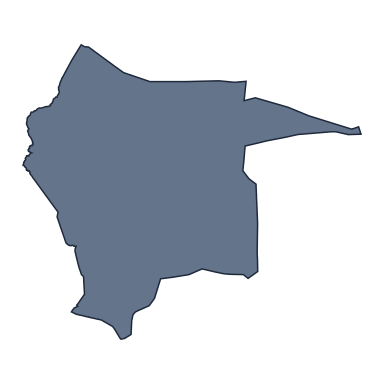 the district of Tubbergen, Overijssel, Netherlands
{"feature_id": "6326949B58523414379719", "entity_name": "Tubbergen", "entity_type": "district", "adm_level": 2, "iso_a3": "NLD", "parent_name": "Netherlands", "parent_adm1": "Overijssel", "projection": "orthographic", "projection_center": [6.747, 52.404], "detail": "fine", "context": "isolated", "style": "filled", "palette": "slate", "viewbox_px": 384, "rotation_deg": 0, "n_neighbors": 0, "source": "geoboundaries", "source_scale": "gbopen_adm2", "svg_char_len": 5106}
<svg xmlns="http://www.w3.org/2000/svg" viewBox="0 0 384 384"><path d="M76.1,314.2L91.0,317.7L101.4,320.0L103.9,321.5L112.5,326.4L114.6,329.1L120.1,338.3L121.0,339.2L124.7,338.4L131.0,334.5L131.1,334.4L131.7,320.7L133.0,314.8L134.2,313.2L135.5,311.9L138.6,310.4L149.2,305.7L152.1,301.7L154.5,298.4L160.6,278.8L173.1,277.2L189.0,274.6L202.1,268.9L215.3,272.0L224.0,273.8L230.2,274.3L242.7,274.6L243.4,274.6L247.8,278.2L248.1,278.4L250.7,276.5L257.7,271.5L257.5,259.6L257.2,253.6L257.2,250.4L257.3,243.2L257.6,223.3L256.8,203.6L256.5,197.9L256.5,197.7L256.5,195.4L256.4,194.0L256.0,184.1L249.1,178.9L244.6,173.1L242.9,170.7L243.1,168.2L244.1,158.5L244.7,150.6L245.2,146.0L250.0,144.9L259.3,142.7L265.8,141.1L268.1,140.6L275.4,139.2L285.8,137.2L298.0,134.5L304.1,134.0L321.3,132.6L330.8,131.8L335.9,131.8L348.3,134.6L361.0,134.2L358.6,126.8L352.6,128.9L352.4,128.8L351.8,129.2L308.8,115.8L288.2,107.3L255.3,97.8L244.1,100.7L246.1,81.3L234.6,82.3L219.0,80.8L186.0,81.6L169.1,81.6L159.0,81.6L149.9,81.6L123.5,72.6L113.9,65.7L88.5,47.0L84.5,46.7L81.2,44.8L77.5,50.8L72.0,59.8L67.0,69.0L64.8,73.1L63.3,76.0L62.6,77.1L62.5,77.5L61.7,78.5L61.7,78.8L61.7,79.0L61.5,79.6L60.7,81.1L60.3,82.2L60.0,83.1L59.8,83.9L59.7,84.4L59.5,84.9L59.4,85.7L59.3,85.8L58.5,87.1L58.5,87.3L58.5,87.6L58.6,88.7L58.7,90.3L59.2,90.9L59.3,91.1L59.1,91.7L59.1,92.0L59.2,92.4L59.2,92.6L59.1,93.0L58.7,93.6L58.5,93.9L58.4,94.3L57.9,95.0L57.6,95.3L57.5,95.5L57.2,96.7L57.0,97.1L56.9,97.1L56.8,97.3L56.0,97.1L55.7,97.1L55.4,97.4L55.2,97.9L55.0,98.1L54.9,98.2L54.5,98.4L54.0,98.7L53.6,98.9L53.5,99.0L53.3,99.5L53.2,100.0L53.1,100.4L53.1,101.0L52.8,101.6L52.4,102.0L52.4,102.5L52.3,103.0L51.9,103.3L51.4,103.7L50.8,104.0L50.7,104.2L50.1,105.0L50.4,105.7L50.2,105.8L48.3,106.4L48.1,106.6L47.9,106.7L47.7,106.7L47.2,106.5L46.9,106.4L46.3,106.6L44.8,106.9L44.4,107.1L43.4,107.4L42.2,107.8L41.4,108.0L41.0,108.1L40.8,108.1L40.2,108.0L39.9,108.0L39.0,108.0L38.7,108.2L38.4,108.4L38.2,108.6L37.6,108.8L37.2,109.1L36.8,109.5L36.6,109.8L36.4,110.1L36.0,110.5L35.9,110.6L35.2,110.8L34.3,110.9L33.9,111.2L33.1,112.1L32.9,112.2L32.6,112.2L31.5,112.1L31.2,112.2L31.1,112.4L30.9,112.9L30.6,113.3L30.5,113.6L30.4,114.1L30.3,114.8L30.0,115.3L29.7,115.5L29.4,115.7L29.1,115.9L28.5,116.3L28.5,116.6L28.4,116.8L28.2,117.0L27.8,117.2L27.6,117.4L27.5,117.5L27.6,117.8L27.6,118.0L27.3,118.3L27.2,118.8L27.1,119.0L27.1,119.4L27.1,119.8L27.2,120.7L26.9,121.3L26.9,121.5L26.8,121.9L26.6,122.4L26.6,122.7L26.6,123.1L26.6,123.4L26.5,123.7L26.5,124.0L26.7,124.4L26.7,124.8L27.0,125.3L27.3,125.8L27.6,126.4L27.6,126.6L27.6,126.8L27.9,127.5L28.0,127.7L28.9,128.8L28.4,129.5L28.2,130.0L27.7,130.7L27.7,130.8L27.7,131.1L27.7,131.3L28.0,131.8L28.5,133.4L28.8,135.0L29.2,135.6L30.9,138.0L31.3,138.4L31.5,138.8L31.4,139.2L32.2,140.5L32.3,140.7L32.5,141.1L32.3,141.5L32.4,141.8L32.6,142.2L33.0,142.4L33.0,142.5L32.9,142.7L32.8,143.0L32.7,143.1L32.9,143.3L32.9,143.9L33.0,144.2L33.0,144.5L32.9,144.8L32.7,145.0L32.0,145.1L31.9,145.2L31.8,145.5L31.4,145.5L31.2,145.3L30.8,145.6L30.5,145.9L30.4,146.0L30.3,146.3L30.2,146.4L29.9,146.1L29.7,146.2L29.6,146.4L29.6,146.5L29.7,146.8L29.6,147.0L29.4,147.1L29.5,147.3L29.4,147.6L29.4,147.8L29.5,148.1L29.4,148.4L29.1,148.5L28.9,148.7L28.7,148.8L28.6,149.2L28.5,149.4L28.3,149.6L28.2,149.7L28.2,149.8L28.3,149.8L28.5,150.1L28.6,150.3L28.3,150.8L28.6,151.4L29.7,152.0L31.4,152.8L30.9,152.9L30.8,153.0L30.6,153.3L30.2,153.6L30.0,153.9L29.7,154.2L29.5,154.5L29.2,154.8L29.0,155.1L28.9,155.3L28.9,155.6L28.7,155.9L28.6,156.0L28.3,156.0L28.2,156.1L27.9,156.1L27.8,155.9L27.6,155.9L27.5,156.0L27.2,155.9L27.2,155.7L26.9,155.7L26.6,155.8L26.7,156.4L26.6,156.5L26.3,156.9L26.0,157.1L25.9,157.3L25.5,158.1L25.4,158.2L25.3,158.4L25.3,158.6L25.4,158.9L25.7,159.3L25.7,159.5L25.3,160.2L25.0,160.5L24.8,160.6L24.6,160.8L24.4,161.7L24.3,161.8L24.2,161.8L23.7,162.2L23.8,162.6L23.8,162.8L23.7,163.7L23.5,163.9L23.4,164.2L23.2,164.5L23.2,164.8L23.0,165.1L23.0,165.3L23.2,165.5L23.7,165.6L23.8,165.7L24.1,165.7L24.7,166.3L24.8,166.9L25.4,167.2L25.8,167.5L26.0,167.8L26.1,168.1L26.3,168.4L26.2,169.1L26.4,169.3L26.6,170.0L26.6,170.3L27.2,170.2L27.6,170.2L27.7,170.4L27.8,170.5L28.0,170.5L28.5,170.6L28.2,171.1L28.6,171.2L28.8,171.2L29.3,171.3L29.6,171.6L29.7,171.8L29.9,172.0L30.0,172.0L30.0,172.5L29.9,172.7L29.9,172.9L29.9,173.2L29.9,173.5L30.1,173.7L30.3,174.2L30.5,174.2L30.9,174.9L32.0,176.3L32.4,176.9L32.7,177.3L33.2,178.3L33.3,178.4L34.6,180.0L42.8,191.3L50.7,202.1L58.0,212.1L57.1,217.0L57.6,218.4L60.6,227.2L62.5,232.7L64.3,237.9L64.6,238.9L66.1,243.1L66.4,243.3L68.1,244.9L68.4,245.0L69.5,245.5L70.5,245.6L71.5,245.6L71.8,245.5L72.1,245.3L72.7,245.3L72.8,245.3L73.0,245.3L73.7,246.1L73.9,246.1L74.7,245.9L74.8,246.0L74.8,246.3L75.5,246.3L76.0,246.3L75.9,246.5L76.0,246.8L75.1,248.9L75.1,249.6L75.0,250.7L75.0,251.2L75.7,254.1L77.0,259.6L78.6,266.0L78.7,266.5L81.5,274.7L83.5,276.5L84.5,294.2L77.8,303.9L77.6,304.1L77.1,304.6L76.7,305.2L77.3,305.8L77.4,306.2L77.6,306.3L77.2,306.5L76.8,306.7L76.2,307.0L75.9,307.2L75.5,307.4L74.7,307.7L74.4,307.9L74.2,308.0L72.6,310.0L71.4,311.9L76.1,314.2Z" fill="#64748b" stroke="#1e293b" stroke-width="1.5"/></svg>